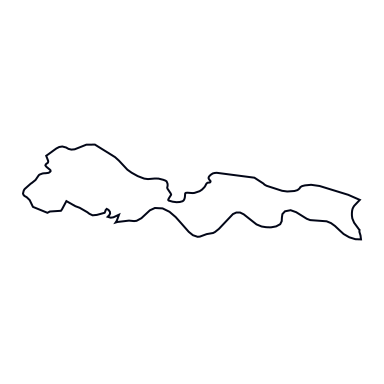 SVG path tracing the border of Brodsko-Posavska
{"feature_id": "HRV-1602", "entity_name": "Brodsko-Posavska", "entity_type": "County", "adm_level": 1, "iso_a3": "HRV", "parent_name": "Croatia", "parent_adm1": "", "projection": "robinson", "projection_center": [17.756, 45.221], "detail": "fine", "context": "isolated", "style": "outline", "palette": "ink", "viewbox_px": 384, "rotation_deg": 0, "n_neighbors": 0, "source": "natural_earth", "source_scale": "10m", "svg_char_len": 2630}
<svg xmlns="http://www.w3.org/2000/svg" viewBox="0 0 384 384"><path d="M47.4,212.8L33.0,206.9L32.9,206.8L29.7,200.1L26.7,197.2L24.4,195.9L23.4,194.7L23.0,193.5L23.7,190.7L24.1,189.9L24.7,189.0L30.7,183.7L31.9,182.9L35.5,180.0L38.3,175.9L39.1,174.9L39.8,174.5L42.5,173.5L43.9,173.3L45.9,173.2L48.7,172.8L50.2,171.7L50.6,171.1L50.4,170.2L49.7,169.5L46.5,166.9L45.4,165.5L45.7,164.5L46.5,163.7L47.8,162.8L48.2,161.8L48.1,160.7L46.2,155.8L56.3,148.5L59.2,147.0L62.3,146.5L66.1,147.5L68.5,148.9L71.4,149.6L74.7,149.3L86.3,144.7L94.9,144.6L115.0,157.1L118.9,160.6L127.4,169.7L131.6,172.7L137.7,176.1L144.2,178.6L148.0,179.1L155.0,178.5L158.5,178.6L163.3,179.8L165.4,180.6L166.5,181.3L166.8,181.9L167.3,183.1L167.5,183.7L167.6,184.1L167.6,185.0L167.6,185.9L167.2,187.6L167.3,188.1L167.5,188.7L170.6,193.3L171.1,194.4L171.1,194.8L168.7,198.6L168.2,199.9L168.8,200.6L172.7,201.7L176.6,202.2L179.8,202.0L181.2,201.6L182.4,201.3L183.2,200.8L183.6,200.4L184.0,199.8L184.4,199.0L184.7,198.0L184.9,197.0L185.1,194.4L185.2,193.4L185.8,192.9L187.2,192.7L192.8,193.1L194.5,192.9L199.6,191.2L201.9,189.7L204.4,187.2L205.4,185.7L205.9,184.6L206.3,183.9L206.6,183.5L207.2,183.0L207.7,182.7L209.8,182.5L210.2,182.2L210.5,181.7L210.5,181.1L210.2,180.7L209.3,179.6L208.9,179.0L208.6,178.3L208.6,177.6L208.9,176.8L209.5,176.0L210.5,175.0L211.6,174.2L212.9,173.4L214.6,173.0L216.7,172.8L254.4,177.7L263.5,183.6L263.7,183.8L263.9,184.1L264.6,184.7L266.6,185.8L282.1,190.8L287.3,191.5L294.5,191.0L297.5,190.1L299.4,188.6L300.4,187.1L302.1,186.1L304.9,185.4L311.1,184.8L319.6,186.0L348.2,194.8L359.8,199.9L354.2,205.8L353.2,207.4L352.5,209.0L352.1,210.8L351.9,213.1L351.9,215.4L352.3,218.4L354.1,222.7L359.3,229.8L359.5,229.9L359.4,231.9L360.5,235.4L361.0,239.4L355.4,239.2L349.3,237.3L347.2,236.1L343.6,234.0L340.2,230.9L335.0,226.0L331.0,223.1L326.6,221.3L310.2,220.1L306.8,218.8L296.2,212.2L290.6,210.2L285.0,211.3L282.4,214.1L281.9,217.6L281.7,221.2L280.2,224.2L276.1,226.4L271.2,227.3L268.9,227.3L266.1,227.2L261.6,226.5L256.5,224.4L243.7,214.3L240.0,212.5L236.4,212.5L232.9,214.1L218.9,228.9L215.0,232.0L213.1,233.0L206.7,234.1L199.9,236.6L197.6,236.8L192.9,235.2L188.7,231.8L181.4,223.5L175.7,217.1L169.5,211.8L162.6,208.4L154.9,208.0L149.9,210.3L141.4,218.2L136.6,220.8L134.1,221.1L129.0,220.6L117.3,222.0L115.6,222.5L116.8,220.7L119.0,214.7L113.4,217.3L110.7,217.7L107.7,216.8L109.4,215.0L110.1,213.5L109.9,211.8L108.5,209.9L106.7,208.9L105.7,210.0L105.1,211.8L104.6,212.8L96.9,214.9L92.6,215.3L89.4,213.8L87.3,212.2L79.7,207.8L75.4,206.2L66.4,201.1L61.9,209.5L60.9,210.8L49.9,211.5L47.4,212.8Z" fill="none" stroke="#020617" stroke-width="2"/></svg>